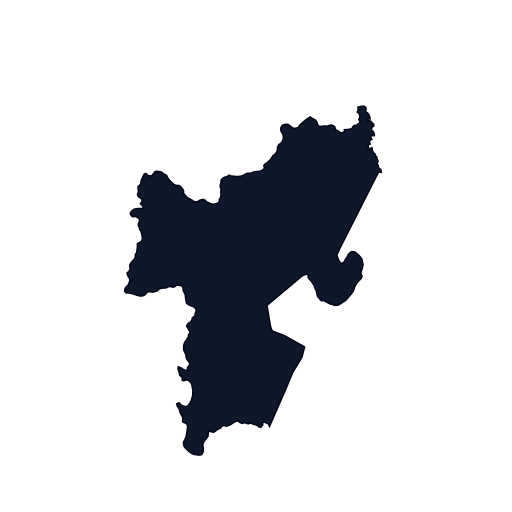 Umburanas, Bahia, Brazil, rotated 318°
{"feature_id": "56859067B72375205404431", "entity_name": "Umburanas", "entity_type": "district", "adm_level": 2, "iso_a3": "BRA", "parent_name": "Brazil", "parent_adm1": "Bahia", "projection": "natural_earth1", "projection_center": [-41.256, -10.567], "detail": "fine", "context": "isolated", "style": "filled", "palette": "ink", "viewbox_px": 512, "rotation_deg": 318, "n_neighbors": 0, "source": "geoboundaries", "source_scale": "gbopen_adm2", "svg_char_len": 6134}
<svg xmlns="http://www.w3.org/2000/svg" viewBox="0 0 512 512"><g transform="rotate(318 256 256)"><path d="M233.3,126.3L231.9,126.8L230.8,125.3L229.4,123.8L229.5,121.2L228.0,120.3L225.7,121.1L223.9,121.9L221.2,123.1L218.9,125.0L216.6,125.7L215.0,125.3L213.4,127.0L211.6,129.7L209.0,131.0L208.3,133.0L208.7,134.9L209.2,137.6L207.5,139.3L205.1,139.8L205.2,144.5L203.2,144.5L201.3,142.8L199.8,141.6L198.0,140.4L196.4,139.5L192.6,139.5L190.8,140.5L190.3,142.8L190.8,144.7L192.8,145.7L193.9,148.6L194.1,150.7L192.2,152.5L190.1,153.3L188.9,154.6L188.3,156.7L187.3,158.4L187.0,160.8L185.9,162.9L184.4,165.4L183.0,167.3L181.6,168.1L180.1,168.4L176.2,167.4L173.0,170.8L171.4,172.0L170.2,173.2L168.6,173.9L167.0,174.4L165.8,175.8L164.3,176.9L162.3,176.9L158.5,177.5L156.5,178.0L154.9,179.7L153.8,181.5L151.5,182.3L148.7,182.3L147.5,184.8L147.0,188.2L145.4,190.1L143.2,191.3L141.7,192.0L138.4,192.1L136.6,192.7L134.8,194.2L134.8,196.6L136.7,198.3L138.6,200.8L140.0,203.2L141.4,205.8L142.9,208.0L144.3,209.3L146.5,210.4L148.6,210.4L150.1,210.1L152.1,210.6L153.9,212.3L155.1,213.8L159.2,215.9L161.3,215.7L163.4,216.2L164.7,217.2L166.2,218.2L167.6,219.4L169.2,219.9L171.3,220.7L173.6,223.8L175.2,224.5L177.0,224.4L178.6,225.6L180.7,228.0L180.8,230.0L180.0,231.4L178.7,233.0L178.2,235.4L177.4,237.7L175.9,239.5L174.4,241.8L172.8,244.6L173.4,247.4L174.7,250.2L175.8,252.3L175.9,254.4L175.2,256.6L173.6,257.4L172.1,258.1L171.0,259.5L169.0,259.5L167.1,259.5L165.7,260.5L163.6,261.2L161.0,260.8L158.7,261.1L157.4,261.8L157.1,263.9L156.6,266.0L156.3,268.3L154.8,269.2L153.2,269.3L151.8,270.9L149.4,271.4L147.4,272.1L145.3,272.4L143.9,273.2L142.3,274.1L141.1,275.4L139.4,277.5L137.7,282.7L136.1,284.9L135.5,286.7L135.3,289.5L134.8,291.9L132.5,292.8L130.6,292.9L128.8,294.8L127.3,294.0L126.1,291.7L125.4,288.8L124.1,286.3L122.4,287.8L120.6,291.9L119.6,293.5L119.7,295.3L119.8,297.3L118.0,299.0L119.0,300.5L121.2,301.2L122.5,303.1L122.9,305.3L122.7,307.2L121.7,309.5L120.9,310.7L119.9,312.4L119.0,313.9L117.6,315.1L116.6,316.4L114.9,317.8L112.4,319.2L110.5,320.4L107.5,321.3L104.4,321.7L103.0,320.8L101.6,319.0L100.6,316.3L100.7,313.7L98.3,312.8L96.9,315.1L96.7,317.9L95.6,320.2L94.8,321.7L94.1,324.5L93.4,327.5L91.3,329.1L90.5,330.7L91.7,332.7L92.1,335.2L91.1,336.9L89.0,338.8L85.7,341.5L83.4,343.3L81.5,344.3L79.6,345.1L77.7,345.7L75.7,348.0L75.2,349.8L75.0,352.1L75.3,355.9L75.7,358.2L76.2,359.9L77.2,361.9L78.3,363.3L79.5,364.9L81.3,366.6L83.0,367.3L86.0,366.0L87.5,364.6L90.2,360.7L91.6,359.7L93.5,359.0L95.8,358.7L97.4,358.3L99.7,357.9L102.0,355.7L103.5,354.5L104.9,356.2L105.7,357.6L106.9,358.8L108.5,359.0L110.6,359.0L113.0,359.6L114.4,360.2L116.5,359.7L118.5,360.2L119.9,362.5L121.8,363.4L124.5,364.4L127.0,364.6L129.8,365.2L132.1,366.4L132.7,369.2L133.9,371.4L135.9,372.0L137.1,374.3L138.1,375.7L139.5,376.1L140.6,377.2L141.4,379.3L142.8,381.1L143.6,383.1L143.8,385.1L144.9,386.6L146.3,386.2L147.8,386.2L149.2,384.5L150.8,384.6L151.9,386.8L152.8,389.2L152.0,391.7L187.1,375.8L205.5,367.1L222.3,362.0L231.3,356.1L223.8,334.0L217.9,322.5L219.5,318.4L231.1,300.1L268.2,301.4L275.9,301.6L277.9,301.9L280.1,302.8L281.5,303.3L282.0,304.9L280.4,306.9L280.1,308.8L280.3,311.5L279.8,314.4L279.5,317.0L278.4,318.7L277.7,321.6L276.6,323.8L275.5,325.6L274.6,327.7L274.8,329.7L274.4,331.4L274.7,333.1L276.4,334.2L277.9,338.3L278.9,341.1L280.2,342.8L280.9,344.5L282.2,346.1L284.1,347.5L285.8,347.9L288.6,348.3L292.7,349.0L298.7,348.3L302.8,347.7L305.4,346.9L307.0,346.2L308.3,345.1L309.9,344.4L313.5,343.6L315.3,343.2L317.2,343.2L319.2,343.1L321.3,342.0L321.7,339.9L322.9,338.6L326.4,336.5L328.2,335.2L329.5,334.4L331.9,330.6L332.8,328.3L332.9,326.3L332.9,324.1L332.3,319.7L331.3,318.0L330.0,316.8L328.1,316.4L325.5,316.7L323.5,317.6L321.9,317.9L320.2,318.3L318.3,319.1L315.7,319.4L314.3,318.1L314.4,316.0L314.8,313.9L315.9,311.5L316.5,309.5L323.5,306.4L328.0,304.7L402.0,276.1L403.6,275.9L405.1,277.7L406.6,275.3L406.2,272.4L407.5,270.4L407.8,268.2L410.2,267.3L411.0,264.6L412.1,263.1L411.9,261.2L412.7,259.7L412.4,258.0L413.1,255.4L414.6,253.3L413.0,252.5L411.4,253.3L411.6,251.3L412.6,249.9L413.9,248.2L415.8,249.3L416.7,246.9L418.3,246.4L420.2,246.8L420.6,245.1L420.7,243.2L422.7,244.2L424.6,245.9L425.7,244.3L426.5,241.3L424.9,240.7L426.6,239.2L428.7,237.8L430.6,238.2L431.7,236.6L431.3,234.6L431.6,232.7L429.7,229.3L431.1,228.7L432.5,230.5L433.9,228.4L434.5,226.1L434.6,224.0L434.0,222.1L435.9,220.7L437.0,219.3L436.7,217.2L434.8,215.4L431.3,213.5L430.1,215.3L428.9,216.1L427.5,216.8L428.0,219.1L426.1,222.4L423.8,223.1L423.3,225.4L421.7,226.6L419.7,226.0L418.1,226.2L416.6,224.8L414.7,224.7L412.5,225.5L409.7,224.0L408.0,222.7L406.2,221.2L405.1,222.8L403.4,222.3L401.4,221.6L400.5,217.3L399.7,215.1L401.0,212.7L400.7,211.0L399.6,209.0L397.5,207.8L395.4,207.0L394.0,205.2L391.7,203.7L389.8,202.2L389.6,199.8L390.9,197.0L391.1,194.6L389.7,190.9L389.3,188.8L384.1,188.1L375.7,188.0L373.7,188.8L371.5,187.9L370.1,187.0L369.2,185.7L368.6,183.7L368.4,182.0L367.9,179.7L366.5,178.2L365.1,177.3L363.0,176.5L361.2,176.9L359.3,178.1L358.2,179.9L357.7,181.7L357.5,183.7L355.3,186.6L354.0,187.6L352.0,188.5L350.1,188.9L347.7,188.5L345.0,189.4L343.5,190.9L341.8,192.3L339.9,192.8L338.0,193.1L335.8,192.8L333.4,193.4L331.4,194.0L329.0,194.1L326.9,194.1L325.3,193.9L323.9,193.6L322.2,194.1L321.3,196.2L319.3,196.7L317.0,196.2L314.6,195.1L312.8,193.4L310.8,192.1L308.1,191.3L306.0,189.7L304.6,188.5L302.1,187.9L299.5,187.3L295.5,184.7L292.8,181.8L291.2,180.0L290.0,177.8L287.7,177.6L285.3,176.4L283.3,175.9L281.6,176.0L280.1,176.9L278.6,178.4L277.2,179.1L275.7,180.6L274.9,182.8L273.4,184.1L272.3,185.4L271.3,186.7L269.7,188.2L267.9,189.1L266.4,189.4L265.2,191.0L263.3,191.2L261.3,190.3L258.9,189.0L257.3,186.9L256.4,184.4L255.5,182.7L255.5,180.3L254.7,178.7L253.1,177.6L251.0,176.8L248.8,176.5L246.3,174.1L245.9,171.8L245.0,169.0L244.1,166.9L244.1,165.1L244.1,161.0L245.9,158.9L246.3,156.8L246.4,154.5L246.2,152.6L245.1,151.2L243.7,149.8L242.9,147.9L242.7,146.0L242.5,144.2L242.5,140.2L242.9,138.0L243.5,136.2L242.3,132.7L242.1,130.8L241.2,129.1L239.9,127.9L238.8,126.4L237.2,125.7L235.2,126.2L233.3,126.3Z" fill="#0f172a" stroke="#020617" stroke-width="1.5"/></g></svg>